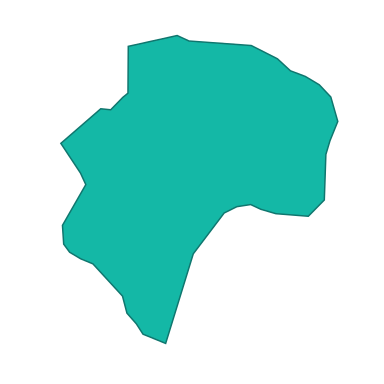 an SVG outline of Puconci, rotated 187°
{"feature_id": "SVN-929", "entity_name": "Puconci", "entity_type": "Municipality", "adm_level": 1, "iso_a3": "SVN", "parent_name": "Slovenia", "parent_adm1": "", "projection": "natural_earth1", "projection_center": [16.132, 46.76], "detail": "fine", "context": "isolated", "style": "filled", "palette": "teal", "viewbox_px": 384, "rotation_deg": 187, "n_neighbors": 0, "source": "natural_earth", "source_scale": "10m", "svg_char_len": 614}
<svg xmlns="http://www.w3.org/2000/svg" viewBox="0 0 384 384"><g transform="rotate(187 192 192)"><path d="M132.2,186.7L145.7,182.9L157.5,175.1L183.2,130.8L199.7,38.5L223.3,44.9L231.1,54.3L241.8,63.8L248.3,80.2L281.6,108.6L294.3,112.1L306.1,117.3L313.0,124.6L316.5,143.1L298.3,186.4L305.0,197.2L328.1,224.3L292.7,263.5L282.7,263.7L272.2,277.5L267.6,282.3L273.0,328.8L225.8,345.5L213.4,341.5L151.0,344.6L123.4,334.6L109.1,324.3L93.6,320.5L78.7,313.9L65.8,303.2L55.9,279.8L61.3,259.7L63.7,245.6L59.7,200.2L73.6,182.1L106.2,180.7L121.5,183.2L132.2,186.7Z" fill="#14b8a6" stroke="#0f766e" stroke-width="1.5"/></g></svg>